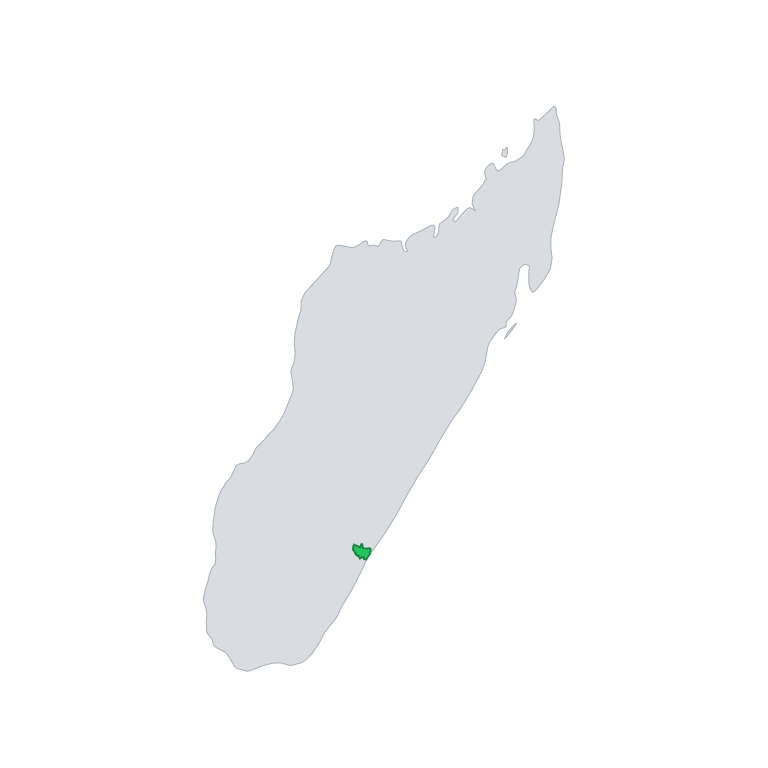 Vohipeno, Vatovavy-Fitovinany, Madagascar (highlighted), rotated 17°
{"feature_id": "10022922B81120329184352", "entity_name": "Vohipeno", "entity_type": "district", "adm_level": 2, "iso_a3": "MDG", "parent_name": "Madagascar", "parent_adm1": "Vatovavy-Fitovinany", "projection": "equal_earth", "projection_center": [47.681, -22.341], "detail": "fine", "context": "in_parent", "style": "filled", "palette": "green", "viewbox_px": 768, "rotation_deg": 17, "n_neighbors": 0, "source": "geoboundaries", "source_scale": "gbopen_adm2", "svg_char_len": 6937}
<svg xmlns="http://www.w3.org/2000/svg" viewBox="0 0 768 768"><g transform="rotate(17 384 384)"><path d="M476.6,85.7L478.2,90.7L480.1,95.5L486.0,107.0L488.5,111.4L490.6,116.2L491.7,125.6L495.4,140.2L498.8,162.1L499.8,184.5L500.8,194.8L503.5,204.5L508.0,214.6L509.4,225.7L506.6,237.2L502.6,248.0L501.6,250.1L499.7,252.8L498.8,252.7L495.7,249.9L493.1,245.4L489.8,234.6L488.7,229.1L487.3,228.3L483.4,228.7L480.6,232.1L480.1,234.3L480.7,240.4L481.7,245.8L482.2,251.4L482.2,258.3L483.3,260.4L484.8,262.2L486.4,266.8L486.6,277.6L485.6,283.1L482.9,287.8L483.0,290.4L484.0,293.1L483.1,294.7L479.5,296.8L478.0,298.6L476.0,303.3L472.8,313.1L472.4,318.1L474.3,333.2L473.7,344.0L469.6,364.5L467.3,374.2L464.0,385.8L459.0,401.1L454.0,420.3L449.8,440.0L446.6,451.9L443.1,463.5L438.3,484.1L434.2,504.9L428.1,527.8L419.7,553.3L418.8,556.6L417.1,569.6L415.2,580.8L413.0,592.0L408.4,610.4L407.8,616.0L406.8,621.4L402.3,632.9L400.5,637.2L399.1,641.8L398.4,647.5L397.1,653.1L393.8,663.3L389.0,672.0L385.7,675.2L378.5,679.8L374.9,680.8L366.9,680.9L359.1,683.5L351.0,688.6L343.3,694.4L340.3,697.1L337.0,698.7L326.7,699.0L323.6,697.8L313.3,688.2L309.3,686.7L301.7,685.4L299.4,684.6L297.3,683.3L294.2,678.3L288.1,674.1L286.6,672.8L285.7,669.9L285.0,666.7L283.4,663.2L282.1,656.6L280.1,651.9L274.4,643.6L273.8,641.0L273.2,632.2L273.4,626.2L272.7,615.4L273.3,610.2L275.2,605.6L274.3,600.6L272.2,595.3L271.3,589.9L269.7,584.9L263.7,576.0L262.3,571.6L261.3,567.0L258.9,552.8L258.6,547.8L258.8,537.3L259.6,531.9L261.0,528.2L261.3,525.4L262.2,522.9L263.6,521.0L264.5,518.7L266.6,505.3L269.4,502.3L273.5,500.6L276.8,497.0L278.7,492.3L280.5,482.5L285.7,472.8L287.6,467.6L291.7,459.9L295.4,449.0L296.5,443.9L297.3,438.6L298.2,427.0L298.9,421.3L298.7,415.6L296.5,409.7L291.2,399.1L291.1,397.1L291.4,389.2L290.9,383.4L289.0,377.7L286.5,372.3L284.1,362.3L282.8,345.6L283.0,339.6L282.2,334.2L280.5,329.1L281.6,320.2L296.9,287.8L297.4,284.0L296.7,274.1L297.0,268.3L297.5,266.2L298.7,264.9L301.3,264.3L313.8,262.9L315.4,261.9L318.6,259.2L322.8,253.9L324.8,252.4L326.5,252.9L327.6,255.2L329.0,256.4L334.0,254.0L336.0,254.0L338.0,254.4L338.9,252.1L339.4,249.2L340.2,247.1L341.5,245.9L348.0,245.3L352.2,244.4L357.5,242.4L358.7,242.8L363.1,250.2L364.4,250.8L366.1,251.1L367.5,249.8L364.0,245.9L363.5,243.7L363.6,241.2L365.5,235.8L368.7,231.8L375.7,225.5L382.9,218.3L385.1,217.8L386.8,219.0L388.2,227.5L388.1,228.9L389.2,229.1L390.6,228.0L391.8,224.6L391.8,221.7L390.9,219.0L390.4,216.7L390.3,214.6L394.0,209.6L396.9,204.8L398.3,199.1L399.4,196.4L402.5,193.5L403.4,193.9L404.1,196.4L404.5,198.9L403.7,201.4L402.6,203.9L402.2,207.3L403.9,207.9L405.5,207.1L407.9,201.1L410.6,195.4L412.2,192.4L414.3,190.3L417.7,190.7L421.0,192.0L415.6,186.0L414.3,177.7L420.7,163.4L420.7,160.4L421.7,159.4L422.1,158.3L418.8,153.4L418.1,151.0L418.6,147.4L420.2,144.2L421.6,141.9L423.7,141.0L425.3,142.3L428.8,146.3L431.2,146.9L434.2,143.0L436.5,138.3L440.1,135.0L444.2,132.9L450.4,125.4L454.4,109.7L454.7,105.1L453.9,99.5L452.4,94.2L450.1,87.6L450.7,86.1L454.1,87.0L455.2,86.1L458.9,80.2L465.0,69.0L467.0,69.0L468.7,71.1L469.3,74.2L470.5,76.4L474.6,81.8L476.6,85.7ZM434.3,130.0L434.4,131.7L429.7,131.0L429.0,125.1L431.3,124.9L431.8,122.4L433.2,122.1L434.6,127.4L434.3,130.0ZM489.9,297.2L486.0,305.9L487.1,298.6L491.7,288.3L493.0,287.5L489.9,297.2Z" fill="#d9dde1" stroke="#a8b0b8" stroke-width="1"/><path d="M410.1,543.4L410.0,543.5L409.9,543.9L409.8,544.1L409.5,543.8L409.3,543.8L409.2,543.8L409.1,543.7L408.9,543.8L408.9,544.0L408.9,544.3L409.1,544.4L409.2,544.6L409.2,544.8L409.3,544.8L409.2,545.2L409.1,545.3L409.0,545.5L409.0,545.9L409.0,546.0L408.9,546.3L409.0,546.3L408.9,546.5L409.0,546.6L408.9,546.7L408.9,546.9L408.9,547.0L408.8,547.3L408.9,547.5L408.7,547.5L408.6,547.3L408.4,547.4L408.2,547.3L408.2,547.0L408.2,546.9L408.0,546.7L407.9,546.8L407.7,546.9L407.5,547.1L407.2,547.2L407.0,546.9L406.9,546.9L406.7,547.0L406.7,546.7L406.3,546.6L406.1,546.6L405.8,546.5L405.6,546.4L405.4,546.4L405.1,546.5L404.9,546.7L404.8,546.8L404.7,546.9L404.4,546.9L404.2,546.9L404.0,546.7L404.1,546.4L403.8,546.4L403.8,546.5L403.6,546.4L403.7,546.2L403.5,546.4L403.4,546.6L403.2,546.6L402.9,546.5L402.4,546.3L402.5,546.6L402.3,546.9L402.2,547.1L402.0,547.3L401.9,547.5L401.9,547.8L402.0,547.8L402.1,548.1L402.1,548.4L402.1,549.1L402.5,549.1L402.6,549.3L402.6,549.5L402.8,549.6L402.6,550.0L402.5,550.4L402.4,550.7L402.3,551.0L402.5,551.2L402.6,551.3L402.8,551.3L402.9,551.6L403.1,552.0L403.2,551.9L403.3,551.9L403.5,551.9L403.5,551.7L403.7,551.9L403.8,552.0L404.2,552.4L404.4,552.6L404.6,552.8L404.8,552.7L404.9,553.0L405.0,553.1L405.0,553.3L405.1,553.5L405.3,553.6L405.4,553.8L405.7,553.7L406.0,553.6L406.3,553.8L406.5,554.0L406.7,554.3L406.9,554.6L406.7,554.8L406.4,554.9L406.3,555.0L406.5,555.1L406.8,555.1L407.2,555.0L407.3,555.1L407.3,555.3L407.4,555.5L407.5,555.6L407.6,555.3L407.9,555.4L408.0,555.4L408.1,555.6L408.2,555.4L408.4,555.5L408.5,555.5L408.7,555.9L408.8,555.9L409.0,555.8L409.0,556.1L409.3,556.2L409.4,555.9L409.6,555.9L409.8,555.8L410.0,555.7L410.4,555.8L410.4,556.0L410.6,556.0L410.7,556.3L410.8,556.3L410.8,556.6L411.0,556.6L411.4,557.1L411.4,557.3L411.3,557.7L411.4,557.9L411.5,557.9L411.6,558.1L411.9,558.3L412.0,558.2L412.2,557.8L412.3,557.8L412.4,557.6L412.5,557.6L412.6,557.3L412.7,557.1L412.8,557.0L412.9,556.9L412.9,556.7L413.0,556.5L413.3,556.9L413.5,556.9L413.6,556.7L413.7,556.4L413.9,556.1L414.0,556.0L414.3,556.0L414.3,555.9L414.4,555.6L414.5,555.4L414.8,555.4L415.0,555.3L415.4,555.4L415.5,555.5L415.7,556.0L415.9,556.3L415.9,556.5L415.7,556.7L415.7,556.9L415.8,557.1L415.8,557.3L416.0,557.4L416.2,557.6L416.3,557.5L416.4,557.3L416.5,557.3L416.7,557.0L417.1,557.0L417.7,557.2L418.0,557.3L418.1,557.5L418.3,557.9L418.3,557.4L418.4,557.0L418.7,556.2L418.8,556.0L418.8,555.7L418.9,555.4L419.0,555.2L419.1,554.9L419.1,554.6L419.2,554.2L419.3,554.0L419.3,553.7L419.6,552.8L419.6,552.7L419.7,552.4L419.9,551.9L419.9,551.5L420.0,551.4L420.1,551.0L420.2,550.5L419.9,550.7L419.8,550.2L419.7,549.9L419.5,549.6L419.5,549.3L419.5,549.2L419.5,548.9L419.5,548.7L419.6,548.4L419.7,548.2L419.8,548.0L419.9,547.9L420.0,547.7L420.2,547.4L420.2,547.2L419.9,547.0L419.7,546.8L419.7,546.6L419.7,546.4L419.7,546.2L419.7,545.9L419.6,545.6L419.4,545.6L419.2,545.6L418.9,545.6L418.7,545.6L418.5,545.1L418.3,545.1L418.2,545.1L418.1,545.3L418.0,545.5L417.8,545.5L417.7,545.6L417.4,545.6L417.1,545.7L416.9,545.7L416.7,545.6L416.5,545.8L416.4,546.0L416.2,546.5L415.9,546.6L415.7,546.5L415.7,546.4L415.3,546.5L415.2,546.6L414.9,546.5L414.7,546.6L414.0,546.6L413.9,546.6L413.7,546.7L413.5,546.8L413.4,546.8L413.2,546.9L412.9,546.9L412.6,547.0L412.4,546.9L412.2,546.9L412.0,546.7L411.9,546.7L411.8,546.8L411.6,547.0L411.6,546.8L411.6,546.4L411.5,546.1L411.4,546.0L411.1,545.8L411.1,545.6L411.1,545.4L411.0,545.1L410.9,544.8L410.7,544.8L410.7,544.7L410.5,544.4L410.4,544.3L410.4,544.2L410.3,543.8L410.3,543.7L410.2,543.6L410.1,543.4L410.1,543.4Z" fill="#22c55e" stroke="#15803d" stroke-width="1.5"/></g></svg>